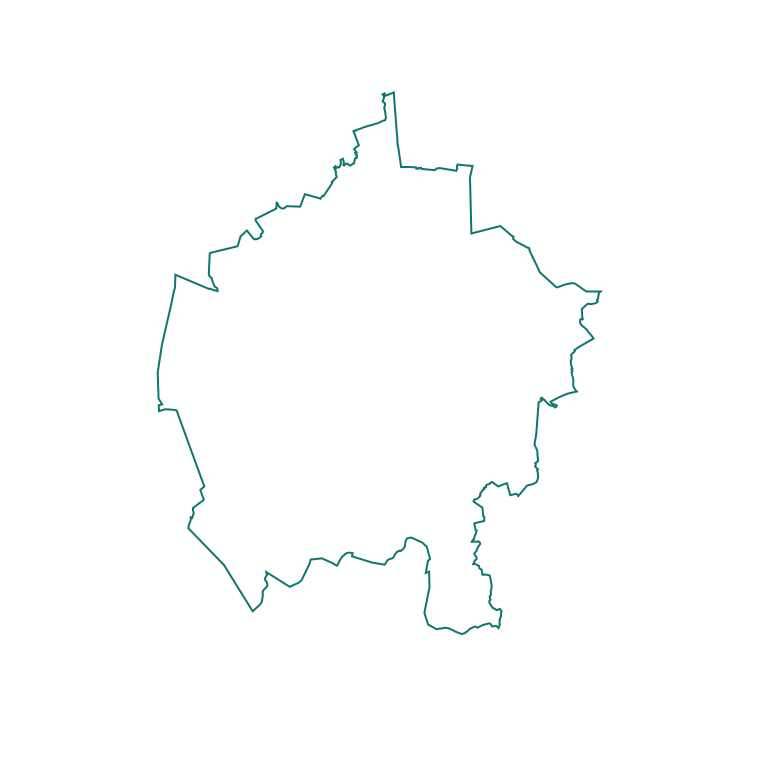 the district of Tierra Blanca, Guanajuato, Mexico, rotated 68°
{"feature_id": "50627088B54720368473271", "entity_name": "Tierra Blanca", "entity_type": "district", "adm_level": 2, "iso_a3": "MEX", "parent_name": "Mexico", "parent_adm1": "Guanajuato", "projection": "orthographic", "projection_center": [-100.168, 21.039], "detail": "fine", "context": "isolated", "style": "outline", "palette": "teal", "viewbox_px": 768, "rotation_deg": 68, "n_neighbors": 0, "source": "geoboundaries", "source_scale": "gbopen_adm2", "svg_char_len": 6153}
<svg xmlns="http://www.w3.org/2000/svg" viewBox="0 0 768 768"><g transform="rotate(68 384 384)"><path d="M115.0,276.9L116.6,276.2L117.8,276.4L119.3,277.3L120.6,278.4L120.9,279.1L121.9,279.2L122.7,279.0L123.3,278.2L123.9,278.0L125.0,278.2L126.3,278.8L127.0,279.4L127.0,279.7L128.3,280.4L128.7,280.2L130.2,280.9L131.0,280.7L138.0,282.5L139.9,284.2L139.5,286.0L139.9,292.3L139.5,294.5L139.3,299.1L139.0,299.6L138.8,302.5L138.6,302.8L138.7,304.1L138.4,307.2L138.5,309.5L138.1,314.3L138.4,315.2L138.6,315.5L138.1,316.4L138.1,317.6L153.3,317.9L154.0,321.2L154.9,323.7L158.9,322.7L158.9,324.1L161.6,324.0L161.5,323.4L163.2,323.9L164.1,324.5L163.9,326.2L168.4,329.5L168.0,330.6L168.5,331.4L168.8,333.5L168.8,333.8L165.8,335.6L165.6,336.2L165.8,337.7L166.3,338.6L166.4,339.3L165.9,339.6L165.0,339.4L164.6,339.0L164.6,338.6L163.7,338.2L159.8,337.7L160.0,340.5L163.1,341.2L164.8,342.5L165.9,343.6L166.3,344.3L166.3,344.9L165.2,346.0L165.7,347.0L166.1,347.3L165.5,348.0L165.1,348.2L164.4,348.2L163.9,347.9L163.9,348.1L164.2,348.5L164.6,349.4L166.1,349.1L166.9,349.2L169.1,349.0L171.6,350.1L174.3,350.2L177.2,356.7L178.1,356.5L187.1,369.5L186.4,370.5L188.4,373.5L187.4,374.5L178.4,386.3L188.2,395.2L182.7,407.6L183.7,410.8L183.3,412.6L180.6,414.8L176.1,415.2L175.7,415.6L181.0,418.2L182.8,439.8L182.6,440.8L183.2,441.1L183.7,441.7L184.0,441.8L185.2,441.6L197.3,438.9L198.4,440.2L198.8,441.6L199.4,442.3L199.5,442.4L200.3,442.3L201.0,442.5L201.5,444.3L202.0,445.0L201.9,445.7L202.1,447.4L201.9,448.3L201.5,448.5L201.4,449.9L201.1,450.3L190.3,453.7L193.5,461.8L201.3,468.0L201.4,468.3L197.4,495.8L197.6,496.6L216.0,505.1L217.8,505.5L219.8,505.0L220.9,504.1L224.1,504.5L230.0,504.6L232.7,502.8L235.4,503.3L235.4,503.5L234.9,504.3L234.1,505.2L233.8,506.0L230.4,509.7L230.2,510.8L204.6,536.5L216.2,541.6L220.8,545.1L230.7,551.6L264.6,575.3L288.5,589.5L313.1,598.5L319.8,597.3L319.3,600.8L324.9,602.8L325.4,596.8L326.1,594.8L329.0,589.1L330.8,586.2L411.7,589.0L413.4,594.0L423.2,594.4L424.0,594.8L427.4,607.5L429.4,608.5L432.4,608.7L436.2,612.0L435.5,612.4L435.2,613.2L437.4,613.9L442.1,618.0L444.6,619.4L491.8,600.2L545.5,590.9L542.2,581.8L540.3,579.0L534.6,575.5L532.0,574.7L530.6,573.9L529.2,571.4L528.0,568.5L527.5,567.9L525.9,567.1L523.5,566.9L521.9,567.6L519.6,567.3L517.3,564.1L514.3,563.6L536.7,547.4L536.3,537.4L534.8,533.6L522.7,520.3L519.3,517.8L522.4,506.9L530.4,499.2L534.7,495.9L534.7,495.3L529.9,489.7L528.5,487.5L527.7,484.9L527.0,483.4L526.8,481.8L527.4,479.3L529.1,476.4L531.8,478.2L545.2,461.8L551.8,451.0L548.7,446.8L548.4,445.1L548.7,441.2L548.3,440.1L546.5,438.3L545.4,436.3L544.7,435.4L544.3,432.2L545.1,431.3L544.2,428.1L542.6,425.7L539.7,424.0L536.9,422.1L535.8,420.1L536.4,416.8L537.7,415.1L545.2,408.1L550.9,405.3L563.5,406.8L564.4,409.5L574.8,416.0L574.9,412.5L589.6,418.0L611.3,432.3L623.5,433.2L630.9,427.3L632.4,421.3L632.8,418.8L634.8,415.4L638.6,411.9L640.3,410.6L645.1,405.3L645.2,402.4L644.2,398.5L643.1,396.1L643.0,390.3L645.0,388.5L644.5,383.6L644.7,380.5L645.4,376.0L646.5,375.0L649.3,374.6L650.4,370.5L653.3,369.2L650.4,366.7L648.3,366.2L644.9,364.4L643.6,362.8L639.2,360.7L638.2,360.1L635.9,360.8L636.0,364.1L634.3,365.3L634.1,365.6L633.5,365.8L632.7,366.8L630.3,367.7L629.1,367.5L628.3,368.0L625.7,368.1L624.3,367.3L624.0,366.2L620.8,365.8L619.3,363.6L616.2,362.7L613.2,360.5L610.7,359.6L603.9,358.1L600.9,357.8L598.8,361.1L597.8,364.1L592.9,363.0L590.4,364.6L588.2,364.1L584.8,367.2L584.4,368.7L581.8,366.1L581.2,363.9L580.4,363.4L578.3,363.3L578.1,363.5L575.1,363.9L573.3,360.7L570.3,357.9L568.4,354.7L567.7,354.5L566.5,354.7L565.5,355.2L563.2,361.6L562.1,360.5L561.7,359.7L561.6,358.7L558.9,356.9L558.3,356.3L558.0,355.6L555.7,354.0L555.5,353.6L554.6,352.9L553.4,353.8L551.2,353.2L548.3,352.9L547.0,352.3L548.5,342.5L544.8,340.7L543.5,341.5L535.8,339.1L535.2,339.3L527.9,344.2L526.5,345.0L526.1,344.7L525.5,344.1L525.4,343.6L524.9,343.3L525.2,342.3L525.3,340.4L524.0,337.1L523.4,336.4L523.0,336.5L522.5,336.0L521.9,336.0L521.7,335.8L521.0,334.6L520.3,333.8L519.3,331.9L519.2,330.6L518.5,330.6L517.9,330.4L517.5,330.1L518.0,328.7L518.0,328.1L516.6,327.5L516.1,326.8L516.0,322.8L515.9,322.4L515.4,321.8L515.2,320.9L515.5,320.8L516.1,320.0L517.0,319.3L517.8,319.1L519.2,318.0L521.7,316.6L522.0,307.2L534.4,308.6L535.4,302.5L536.5,301.7L538.2,301.4L531.8,289.5L532.6,283.0L532.2,279.5L530.0,277.3L528.7,276.4L523.6,274.5L521.5,274.6L521.3,273.8L520.7,273.1L518.3,274.4L516.9,274.7L515.9,273.5L514.1,273.5L513.9,273.1L513.9,271.4L512.8,270.4L512.7,269.7L508.9,268.8L503.3,266.9L498.3,267.0L497.1,267.3L493.4,265.4L490.9,263.6L486.5,261.1L458.7,247.4L458.6,244.7L458.4,243.9L456.1,244.2L455.9,242.7L457.5,242.2L458.9,241.2L461.6,240.3L466.4,237.9L466.7,236.6L468.6,234.9L469.8,234.3L469.7,232.7L468.7,231.8L464.8,235.8L462.8,236.1L461.8,226.3L461.7,217.6L463.2,208.0L462.1,208.5L459.6,209.1L457.0,209.2L455.6,208.9L453.2,207.9L452.4,207.3L451.0,206.9L447.8,206.3L446.1,206.3L443.2,205.7L442.8,204.5L440.6,204.6L440.5,203.8L440.2,203.4L439.0,203.7L436.6,203.3L433.2,202.5L432.2,202.0L430.8,200.6L429.2,200.0L427.5,199.8L426.8,199.2L425.5,195.6L424.8,194.6L424.0,194.7L422.9,190.8L420.3,172.7L417.6,173.3L412.2,175.1L409.4,175.7L402.8,179.1L400.6,179.2L398.1,178.2L397.6,177.7L397.6,176.7L398.6,175.9L398.4,175.4L396.7,175.2L388.7,172.6L386.1,165.8L386.1,164.4L386.5,164.1L386.6,163.6L387.3,163.0L387.8,160.2L388.3,158.8L388.1,155.8L387.5,155.0L387.1,154.8L386.9,154.8L386.5,155.2L386.0,155.1L385.6,154.2L384.9,153.6L380.1,150.6L379.4,148.6L374.0,161.8L362.4,169.3L361.7,170.3L360.7,172.8L359.6,178.7L359.4,186.8L358.8,188.0L338.8,197.7L331.4,198.0L314.7,199.1L313.6,198.5L312.8,198.8L312.1,198.7L311.9,199.4L301.3,208.3L297.6,210.0L295.8,208.7L294.5,210.0L281.1,216.9L277.2,246.6L224.7,226.9L215.0,220.2L212.1,226.1L208.1,233.6L208.7,233.9L208.9,234.3L209.9,235.0L211.4,235.2L213.4,237.1L204.5,251.7L204.2,253.8L203.9,254.4L204.6,256.3L204.7,257.0L198.6,268.6L197.5,268.7L196.6,270.7L197.2,271.0L196.5,273.4L195.3,273.1L192.1,279.5L191.6,281.1L189.3,286.9L173.2,282.9L167.6,281.6L167.6,281.9L158.1,278.6L157.0,278.4L117.2,265.7L117.4,267.0L117.3,274.6L114.7,274.7L115.0,276.9Z" fill="none" stroke="#0f766e" stroke-width="2"/></g></svg>